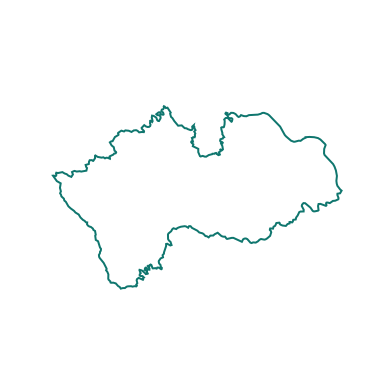 outline of Venadillo, Tolima, Colombia, rotated 309°
{"feature_id": "7082276B11434754616335", "entity_name": "Venadillo", "entity_type": "district", "adm_level": 2, "iso_a3": "COL", "parent_name": "Colombia", "parent_adm1": "Tolima", "projection": "equal_earth", "projection_center": [-74.942, 4.71], "detail": "fine", "context": "isolated", "style": "outline", "palette": "teal", "viewbox_px": 384, "rotation_deg": 309, "n_neighbors": 0, "source": "geoboundaries", "source_scale": "gbopen_adm2", "svg_char_len": 6055}
<svg xmlns="http://www.w3.org/2000/svg" viewBox="0 0 384 384"><g transform="rotate(309 192 192)"><path d="M287.6,187.9L285.1,186.6L283.6,184.5L282.6,181.7L281.0,181.7L279.7,181.1L279.5,180.0L280.0,176.8L279.5,174.4L278.1,172.5L275.8,172.2L274.7,171.4L274.6,170.4L275.6,169.9L275.1,168.5L274.1,168.5L273.8,168.9L273.8,171.5L272.7,173.3L273.0,174.7L274.3,176.4L274.3,177.2L273.7,177.8L271.9,178.6L271.4,178.4L272.0,173.5L271.5,172.4L270.6,171.6L268.6,171.4L267.8,172.7L265.1,174.7L262.7,175.9L262.2,175.8L261.2,174.5L260.4,174.2L259.0,175.6L256.9,178.6L256.0,179.1L254.8,182.5L253.9,182.0L253.0,182.3L250.9,180.9L249.5,181.6L249.2,182.3L249.7,183.8L249.7,184.8L249.1,185.0L248.6,183.7L248.1,183.8L246.8,186.7L244.6,189.2L243.5,189.1L243.0,187.4L242.7,187.3L241.7,188.6L239.8,187.9L238.6,190.1L237.4,189.5L237.2,189.1L237.5,188.4L237.1,187.5L237.6,186.6L237.5,186.1L236.5,185.4L236.0,185.5L234.6,183.8L234.1,183.9L231.3,181.8L228.4,180.8L227.5,179.6L226.8,177.6L225.0,176.3L224.9,175.6L226.9,171.8L229.5,169.7L228.1,163.8L229.9,163.1L229.9,161.1L230.3,159.9L230.9,159.8L231.2,161.0L231.7,161.2L233.9,158.0L234.5,158.6L235.4,158.4L236.2,159.6L237.3,159.2L238.2,158.2L239.5,157.8L240.4,155.7L242.3,155.8L243.2,153.5L244.0,153.0L244.6,151.5L245.0,151.3L243.0,151.0L241.2,152.8L240.1,152.8L239.2,152.0L238.1,148.8L238.1,147.8L237.0,146.1L237.3,142.1L234.8,139.5L236.0,133.5L237.1,130.3L237.2,128.4L239.1,125.7L240.3,125.5L242.1,119.9L240.8,118.9L241.2,117.2L241.0,116.2L240.5,116.3L240.1,117.1L239.0,117.4L238.1,117.5L237.0,116.7L235.7,117.2L235.4,117.8L235.6,119.5L234.6,121.0L234.1,121.1L233.1,119.8L233.1,118.1L233.7,117.2L233.6,116.7L232.8,115.9L230.0,115.3L229.9,116.7L231.3,118.5L230.4,120.5L229.4,121.2L226.4,121.7L225.9,121.0L225.9,119.9L227.1,117.8L227.3,116.9L227.0,114.3L226.2,112.9L224.5,113.9L222.3,116.8L221.3,117.0L221.3,114.9L221.0,114.7L218.9,116.2L218.2,117.4L216.9,118.0L215.5,117.6L214.6,116.6L214.0,115.1L213.9,112.8L210.1,112.5L209.6,113.2L209.2,116.2L208.7,116.8L208.2,116.9L207.1,115.3L205.1,113.4L205.3,111.2L204.9,109.7L203.2,108.0L200.6,107.2L199.8,104.3L197.9,101.4L196.3,101.1L195.2,98.5L191.6,97.4L191.1,97.5L190.7,98.5L190.0,98.9L186.2,97.5L181.5,98.3L180.6,97.4L178.9,96.9L177.6,100.2L177.6,103.0L175.4,105.7L175.3,107.8L175.0,108.2L174.0,108.3L172.8,107.3L171.5,107.3L167.9,105.6L167.3,105.8L166.7,107.0L166.2,107.3L165.6,105.2L164.7,103.8L163.4,103.2L163.2,101.3L161.8,100.1L159.9,96.6L159.6,93.9L159.2,93.8L157.2,95.4L154.1,95.7L153.8,95.3L153.8,94.2L152.3,92.5L150.7,92.9L148.8,94.2L146.1,92.3L144.9,93.9L144.6,95.3L142.1,96.5L138.1,93.0L137.6,91.8L135.3,89.5L134.5,87.5L133.6,86.9L132.0,86.2L130.7,88.4L127.8,88.7L126.9,85.7L127.0,83.4L126.2,81.3L125.9,78.8L122.4,75.9L121.6,74.4L120.7,74.7L119.9,75.9L118.7,76.1L118.1,75.6L117.8,74.3L117.2,73.7L115.4,80.1L116.1,84.5L112.1,86.8L110.0,89.7L108.0,90.3L107.4,92.0L106.4,93.3L106.2,96.6L105.0,98.2L105.0,100.1L103.1,104.9L102.9,108.1L103.1,112.2L102.7,114.3L103.2,118.1L102.0,121.4L101.7,124.8L102.0,126.7L101.7,128.6L102.4,129.7L100.8,130.8L100.4,132.4L100.6,134.1L101.2,135.3L101.2,138.0L100.5,139.2L100.7,141.2L98.2,144.1L97.1,144.3L94.2,147.4L94.6,150.0L91.0,155.4L90.5,157.1L88.9,158.1L87.8,158.1L86.4,159.0L84.5,159.3L83.1,160.7L82.6,161.9L81.3,168.0L79.0,173.2L78.5,174.1L77.1,174.5L76.7,176.4L75.4,178.8L71.9,181.5L71.4,182.3L71.1,184.8L70.4,185.6L70.5,186.2L72.0,187.9L73.0,190.3L72.4,193.9L72.7,195.5L72.1,197.5L73.6,198.5L75.1,200.3L77.3,200.8L78.4,201.6L80.5,204.0L81.0,205.3L82.7,206.7L83.6,208.1L84.5,208.1L84.9,207.0L86.7,206.9L88.6,204.5L89.7,204.1L91.7,204.6L92.9,209.1L93.5,209.0L94.1,208.2L95.3,208.5L95.5,206.5L94.2,204.6L94.2,203.9L95.1,203.2L96.7,203.2L97.2,201.7L97.9,201.1L98.2,200.3L98.5,200.2L99.4,202.2L99.5,203.6L99.4,206.6L99.1,207.7L100.6,209.0L100.9,208.9L101.1,207.7L102.1,206.9L101.7,204.3L102.6,204.2L103.0,203.5L104.0,203.5L104.3,204.0L103.8,206.3L104.8,207.8L105.7,207.2L106.6,204.2L107.1,204.3L107.4,205.7L108.8,205.2L109.6,205.5L109.7,206.4L108.1,209.0L108.0,209.7L109.9,211.6L110.0,212.5L110.3,212.8L111.4,212.6L111.8,213.0L112.3,213.8L112.6,216.7L112.9,216.9L114.0,216.4L114.3,214.6L115.4,213.6L115.8,211.4L116.8,210.1L117.6,209.6L120.6,209.4L123.0,210.6L124.4,208.9L126.4,209.0L127.3,208.3L133.7,205.9L135.3,204.6L136.2,205.3L136.8,208.8L137.9,209.5L139.7,206.7L139.8,204.5L140.4,203.0L143.8,200.1L144.9,199.8L148.4,200.5L150.6,200.1L152.1,200.4L153.3,203.1L154.7,203.3L156.1,204.0L158.0,205.2L160.8,207.8L161.5,209.1L161.8,211.5L163.5,211.2L164.3,212.0L164.5,212.7L164.1,214.5L165.3,220.5L165.1,223.1L166.5,226.2L166.6,227.6L166.2,230.2L166.9,231.2L167.2,233.5L169.7,233.7L171.5,235.9L173.5,236.2L176.5,237.6L176.3,242.6L176.9,244.3L178.1,245.8L177.5,248.0L177.6,248.8L181.3,251.7L182.4,253.0L184.7,262.1L187.3,261.5L188.7,262.0L189.8,263.1L190.2,264.7L189.4,269.3L189.9,270.5L191.3,271.2L192.8,273.4L195.2,274.3L197.4,274.5L198.9,275.2L200.5,278.2L201.5,279.0L203.2,279.6L207.1,280.3L210.6,278.9L211.3,277.8L211.5,276.4L212.2,275.9L212.9,275.7L214.5,278.0L216.4,277.2L218.1,277.9L221.0,277.1L223.1,279.1L223.0,279.8L222.4,280.3L222.3,281.3L222.9,283.4L224.7,286.3L227.2,286.4L229.0,287.6L230.0,286.7L230.7,287.3L231.3,288.9L232.4,289.0L234.1,288.2L235.9,289.9L237.7,289.0L240.2,288.9L243.9,288.0L245.1,288.6L247.1,291.0L248.5,290.0L250.2,286.1L251.5,285.5L253.5,285.6L254.5,287.0L254.4,293.9L253.3,297.6L253.4,298.5L254.1,299.5L256.8,301.7L257.5,301.8L260.4,298.8L262.3,297.9L263.6,299.3L265.5,304.8L266.2,304.9L267.6,303.3L268.4,303.2L269.2,304.1L270.1,306.1L273.7,307.1L275.4,308.8L278.4,310.3L279.5,309.7L281.2,306.8L282.2,306.1L284.2,307.9L287.2,307.4L287.2,305.6L288.3,301.1L289.6,299.2L291.5,297.2L295.7,294.5L299.3,290.3L301.4,286.8L302.5,284.1L304.2,271.7L305.1,270.3L308.7,267.6L312.6,266.3L313.0,265.2L313.6,258.8L313.2,256.0L311.5,252.5L308.7,248.6L306.1,245.8L305.8,246.2L303.4,245.0L300.1,244.2L299.1,242.7L295.7,240.2L295.1,239.4L294.2,236.7L294.4,230.1L294.7,228.2L298.3,219.3L300.2,203.8L300.1,201.7L298.8,198.1L297.7,196.9L296.0,196.2L293.6,194.5L287.6,187.9Z" fill="none" stroke="#0f766e" stroke-width="2"/></g></svg>